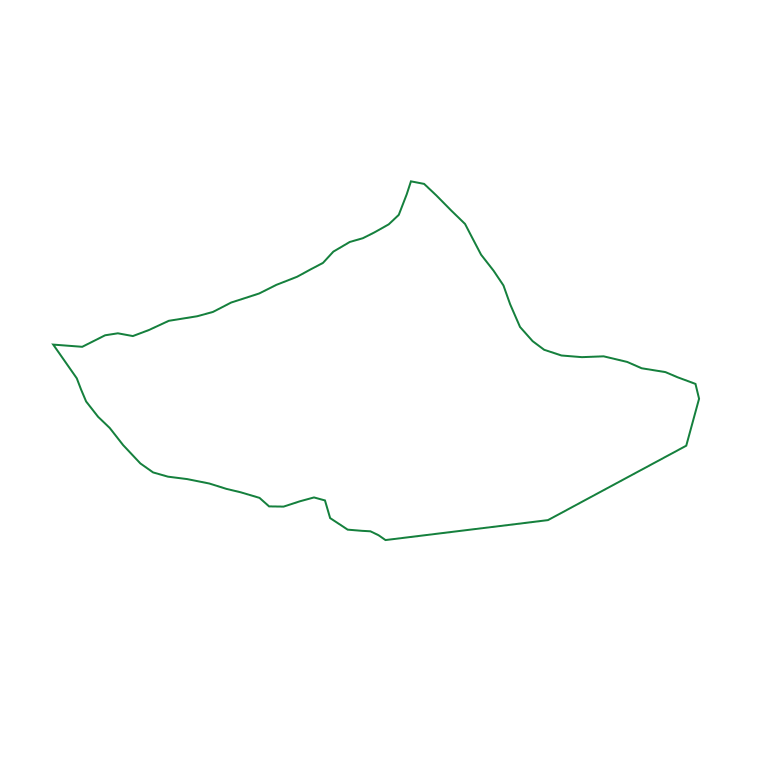 the district of Lapithos, Cyprus, rotated 322°
{"feature_id": "46923920B16403791533064", "entity_name": "Lapithos", "entity_type": "district", "adm_level": 2, "iso_a3": "CYP", "parent_name": "Cyprus", "parent_adm1": "", "projection": "albers", "projection_center": [33.164, 35.337], "detail": "fine", "context": "isolated", "style": "outline", "palette": "green", "viewbox_px": 768, "rotation_deg": 322, "n_neighbors": 0, "source": "geoboundaries", "source_scale": "gbopen_adm2", "svg_char_len": 1042}
<svg xmlns="http://www.w3.org/2000/svg" viewBox="0 0 768 768"><g transform="rotate(322 384 384)"><path d="M259.0,456.5L265.7,476.4L276.2,486.1L282.6,491.7L286.6,499.8L289.1,507.9L429.4,592.2L584.2,618.7L623.2,589.6L629.5,575.7L619.4,559.3L613.1,547.9L596.7,530.2L589.2,516.3L574.1,497.4L556.5,484.7L541.4,470.8L531.3,455.7L527.5,441.8L526.3,422.8L532.5,398.8L538.8,379.9L540.1,362.2L540.1,341.9L543.8,321.7L546.4,307.8L543.8,288.9L541.3,267.4L538.8,251.0L530.0,240.9L518.7,248.5L499.8,259.8L486.0,261.1L469.6,258.6L457.1,256.1L444.5,251.0L425.6,248.5L410.5,251.0L396.7,248.5L381.6,246.0L360.2,239.6L341.3,235.8L313.7,225.7L293.6,221.9L278.5,215.6L253.3,201.7L231.9,196.7L215.6,191.6L205.5,180.2L194.2,173.9L169.1,168.9L147.6,149.3L146.5,169.9L145.4,190.4L141.9,201.8L138.5,214.4L138.5,233.8L140.8,249.8L140.8,271.5L143.1,296.6L147.6,311.5L156.7,324.0L170.3,337.7L185.1,354.9L195.3,369.7L204.4,381.1L215.8,397.1L218.1,409.7L229.4,418.8L245.4,424.6L259.0,430.3L265.8,439.4L259.0,456.5Z" fill="none" stroke="#15803d" stroke-width="2"/></g></svg>